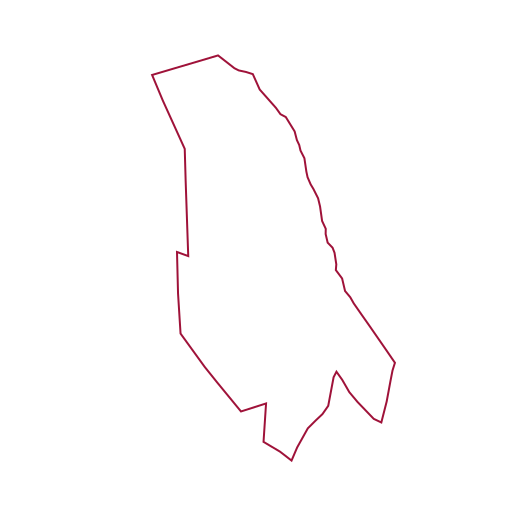 outline of Marilena, Paraná, Brazil, rotated 161°
{"feature_id": "56859067B17884571098695", "entity_name": "Marilena", "entity_type": "district", "adm_level": 2, "iso_a3": "BRA", "parent_name": "Brazil", "parent_adm1": "Paraná", "projection": "natural_earth1", "projection_center": [-53.085, -22.737], "detail": "fine", "context": "isolated", "style": "outline", "palette": "rose", "viewbox_px": 512, "rotation_deg": 161, "n_neighbors": 0, "source": "geoboundaries", "source_scale": "gbopen_adm2", "svg_char_len": 955}
<svg xmlns="http://www.w3.org/2000/svg" viewBox="0 0 512 512"><g transform="rotate(161 256 256)"><path d="M191.7,57.8L179.8,75.9L169.4,94.3L164.2,103.3L159.4,109.8L163.2,123.6L171.6,153.5L175.3,166.3L179.0,179.3L180.3,186.3L183.2,193.9L181.9,206.7L185.1,216.7L182.8,221.9L180.7,233.5L180.9,238.9L183.9,245.3L183.0,254.1L181.2,259.0L182.1,267.6L179.3,282.0L178.5,290.4L179.9,300.7L181.0,305.9L181.6,313.7L180.9,319.4L178.4,332.7L179.6,341.2L179.0,346.9L179.6,352.3L178.9,361.2L182.6,377.7L186.7,382.1L188.9,389.5L198.3,412.2L199.8,429.0L205.6,433.3L211.9,437.1L215.3,440.6L226.6,458.0L295.3,461.0L293.5,433.3L288.5,380.5L298.1,349.8L320.1,278.0L329.4,285.5L341.9,246.0L352.6,207.2L340.6,167.8L334.0,149.4L320.8,113.9L294.5,113.3L309.4,77.8L297.0,63.2L289.0,51.0L279.4,61.6L263.1,76.2L253.0,81.1L244.6,84.9L236.5,90.8L222.1,116.1L217.6,120.4L214.8,110.9L212.1,96.9L207.6,85.1L197.7,63.7L191.7,57.8Z" fill="none" stroke="#9f1239" stroke-width="2"/></g></svg>